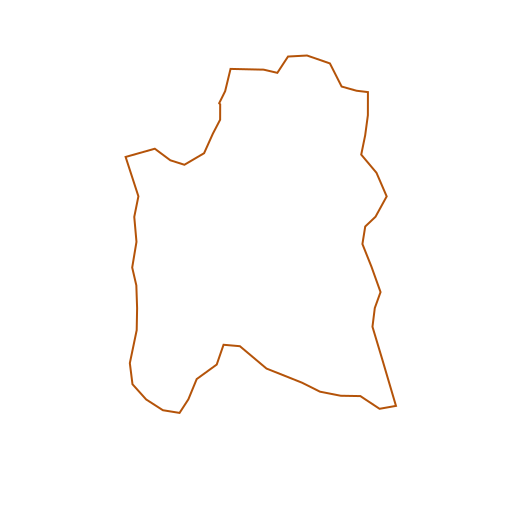 Karlskoga, Orebro, Sweden, rotated 252°
{"feature_id": "70781695B86171963253303", "entity_name": "Karlskoga", "entity_type": "district", "adm_level": 2, "iso_a3": "SWE", "parent_name": "Sweden", "parent_adm1": "Orebro", "projection": "natural_earth1", "projection_center": [14.6, 59.407], "detail": "fine", "context": "isolated", "style": "outline", "palette": "amber", "viewbox_px": 512, "rotation_deg": 252, "n_neighbors": 0, "source": "geoboundaries", "source_scale": "gbopen_adm2", "svg_char_len": 891}
<svg xmlns="http://www.w3.org/2000/svg" viewBox="0 0 512 512"><g transform="rotate(252 256 256)"><path d="M85.8,315.7L72.5,326.3L70.2,342.8L117.3,344.1L152.7,344.9L169.8,352.9L183.2,363.3L210.1,362.5L234.5,360.9L250.3,369.0L256.4,381.8L272.3,398.7L291.6,396.9L297.9,396.3L319.9,387.4L337.0,397.1L355.3,405.9L377.3,413.1L382.1,402.7L390.7,389.8L416.3,385.8L430.9,366.5L435.8,348.1L423.6,332.9L430.9,320.8L431.4,319.3L441.8,289.6L422.3,277.6L412.7,268.2L411.3,268.8L396.7,264.0L385.7,252.8L369.8,238.4L364.9,216.1L373.5,204.1L389.3,192.9L390.5,162.6L389.5,162.6L349.1,162.6L330.8,152.3L306.4,146.7L283.3,134.7L265.0,133.1L243.1,126.8L222.3,119.6L193.1,102.9L172.2,98.9L153.5,107.2L138.1,119.8L130.4,134.8L140.6,147.4L157.3,161.6L164.9,185.1L181.6,197.7L175.2,212.8L145.7,231.2L121.3,260.6L107.2,274.9L96.9,293.4L90.5,312.0L85.8,315.7Z" fill="none" stroke="#b45309" stroke-width="2"/></g></svg>